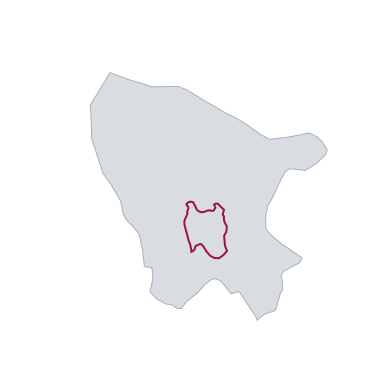 Burundi, with Karuzi highlighted, rotated 120°
{"feature_id": "BDI-2633", "entity_name": "Karuzi", "entity_type": "Province", "adm_level": 1, "iso_a3": "BDI", "parent_name": "Burundi", "parent_adm1": "", "projection": "mercator", "projection_center": [30.088, -3.137], "detail": "fine", "context": "in_parent", "style": "outline", "palette": "rose", "viewbox_px": 384, "rotation_deg": 120, "n_neighbors": 0, "source": "natural_earth", "source_scale": "10m", "svg_char_len": 1917}
<svg xmlns="http://www.w3.org/2000/svg" viewBox="0 0 384 384"><g transform="rotate(120 192 192)"><path d="M270.5,71.2L268.1,74.4L256.8,97.3L254.7,100.8L255.9,102.9L260.7,107.2L257.9,114.5L256.8,116.4L254.6,123.2L255.8,129.4L258.5,131.6L265.8,134.6L276.7,136.8L289.6,142.0L298.3,142.9L300.3,146.6L299.9,153.3L302.1,159.0L302.1,169.4L299.5,178.4L286.2,182.7L279.4,187.4L277.5,189.7L279.2,192.4L280.1,196.1L267.6,205.2L254.8,217.0L251.7,225.0L249.1,234.4L245.4,240.5L235.6,249.2L225.6,266.6L220.7,278.0L196.2,305.3L174.4,318.9L168.1,323.5L129.6,322.7L126.6,304.3L120.8,279.2L107.5,256.6L106.1,247.1L106.7,228.8L106.8,203.1L105.9,189.3L106.2,179.3L107.9,161.8L107.7,151.3L98.9,139.3L88.1,126.4L82.2,120.2L81.9,115.1L81.9,110.4L83.7,103.6L87.9,96.0L92.7,95.1L104.4,98.2L116.6,104.6L123.0,119.2L128.0,121.3L137.0,121.2L160.0,119.3L165.7,119.6L176.1,116.1L186.5,110.0L189.5,103.6L192.0,89.4L194.1,63.7L199.4,63.4L213.9,72.6L217.1,73.2L220.1,72.9L225.1,68.3L231.3,64.7L235.9,64.8L252.7,60.5L261.8,68.2L267.5,70.6L270.5,71.2Z" fill="#d9dde1" stroke="#a8b0b8" stroke-width="1"/><path d="M191.4,155.4L196.2,154.2L197.3,152.0L199.8,150.7L201.9,148.6L204.5,144.5L209.3,142.4L214.0,142.2L222.0,136.6L225.6,132.2L230.9,133.3L235.9,135.5L238.0,139.9L238.0,144.8L236.2,149.8L233.6,154.6L233.0,156.4L232.6,158.2L233.5,159.4L236.1,161.3L237.3,161.9L238.9,161.5L240.4,161.0L242.1,161.5L243.3,162.0L244.1,162.6L243.2,163.1L238.1,167.5L236.5,169.8L224.3,182.0L221.9,183.7L219.3,184.4L213.7,185.0L212.5,185.4L212.0,186.0L211.4,186.4L208.5,186.8L207.4,187.3L206.5,188.2L206.2,189.6L205.2,190.8L203.0,190.2L201.0,188.3L200.3,185.8L200.7,185.4L203.2,181.2L204.3,180.0L204.9,178.9L205.2,177.7L205.3,176.1L204.6,173.2L202.9,171.3L200.9,169.8L199.4,168.1L197.9,164.4L196.8,164.0L194.0,163.9L193.1,164.6L192.6,165.8L191.8,166.5L190.2,165.6L189.4,164.3L189.3,163.1L190.2,160.5L191.4,155.4Z" fill="none" stroke="#9f1239" stroke-width="2"/></g></svg>